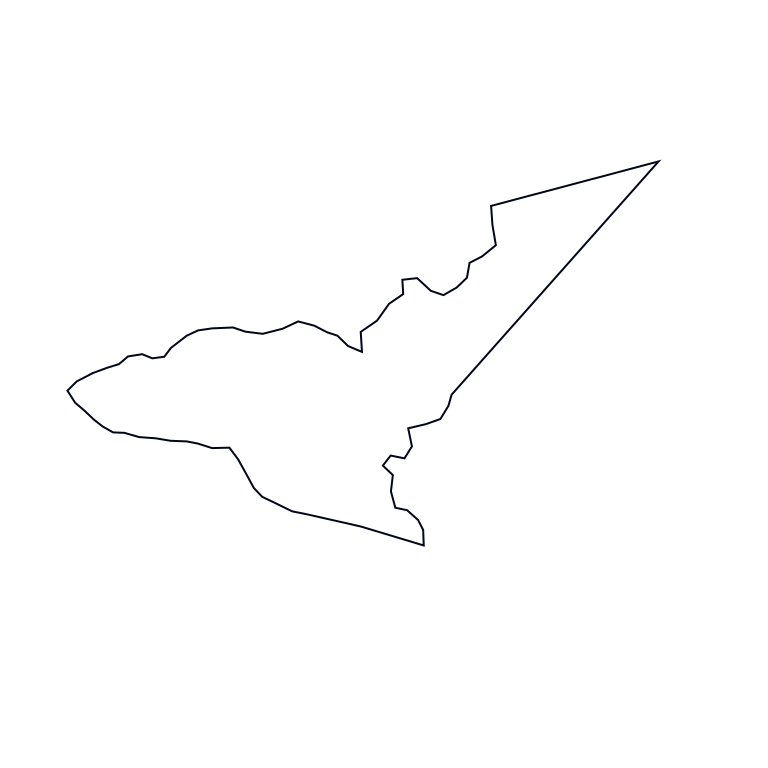 the district of Caldas Brandão, Paraíba, Brazil, rotated 79°
{"feature_id": "56859067B83416177856434", "entity_name": "Caldas Brandão", "entity_type": "district", "adm_level": 2, "iso_a3": "BRA", "parent_name": "Brazil", "parent_adm1": "Paraíba", "projection": "orthographic", "projection_center": [-35.337, -7.114], "detail": "fine", "context": "isolated", "style": "outline", "palette": "ink", "viewbox_px": 768, "rotation_deg": 79, "n_neighbors": 0, "source": "geoboundaries", "source_scale": "gbopen_adm2", "svg_char_len": 1112}
<svg xmlns="http://www.w3.org/2000/svg" viewBox="0 0 768 768"><g transform="rotate(79 384 384)"><path d="M550.1,375.8L534.7,373.4L524.0,376.5L512.3,385.4L507.6,396.5L490.8,397.7L475.1,392.7L463.9,400.7L455.5,391.1L460.9,378.1L450.6,368.5L432.1,368.7L431.4,350.6L429.1,335.3L417.7,324.9L407.4,319.7L259.9,126.9L217.9,72.0L229.6,244.9L248.5,247.2L269.1,247.7L277.5,263.5L281.4,276.9L295.5,282.3L303.2,294.3L308.1,308.7L301.5,320.2L286.4,331.3L285.2,346.1L299.4,348.0L306.2,363.7L320.5,378.8L328.4,396.9L348.3,399.5L339.9,412.0L327.7,420.5L322.3,430.1L313.5,441.2L306.2,456.3L310.4,473.0L311.6,493.5L306.2,510.0L299.7,521.5L296.6,542.0L295.9,556.3L299.0,568.6L307.9,586.2L315.3,594.5L314.6,606.5L308.6,615.7L308.1,630.0L313.9,640.4L315.3,653.1L317.7,667.7L322.8,685.1L330.1,696.0L343.4,690.8L352.9,683.2L363.7,675.5L372.1,668.2L379.8,659.2L382.4,648.2L389.4,634.5L393.8,618.3L399.0,604.4L402.7,588.6L406.9,578.2L414.1,565.0L417.0,547.9L430.3,541.5L447.6,535.9L461.3,531.6L471.6,525.0L478.4,515.8L491.5,498.4L496.4,486.4L506.4,463.6L519.5,433.9L550.1,375.8Z" fill="none" stroke="#020617" stroke-width="2"/></g></svg>